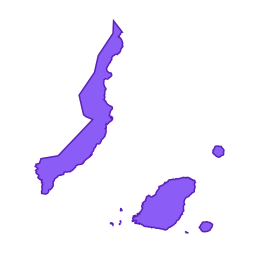 the district of Tawae/Siassi District, Morobe, Papua New Guinea, rotated 87°
{"feature_id": "67681753B89980721222980", "entity_name": "Tawae/Siassi District", "entity_type": "district", "adm_level": 2, "iso_a3": "PNG", "parent_name": "Papua New Guinea", "parent_adm1": "Morobe", "projection": "robinson", "projection_center": [147.705, -5.833], "detail": "fine", "context": "isolated", "style": "filled", "palette": "violet", "viewbox_px": 256, "rotation_deg": 87, "n_neighbors": 0, "source": "geoboundaries", "source_scale": "gbopen_adm2", "svg_char_len": 5938}
<svg xmlns="http://www.w3.org/2000/svg" viewBox="0 0 256 256"><g transform="rotate(87 128 128)"><path d="M188.8,217.6L189.7,213.8L189.4,212.6L188.6,211.4L187.3,210.5L185.9,210.5L185.4,209.7L185.5,208.7L184.8,208.2L183.7,206.8L183.0,206.6L182.1,205.8L177.5,205.5L176.9,204.6L175.3,204.0L174.7,203.5L173.2,201.1L172.1,200.3L171.5,198.5L171.7,197.5L171.2,196.9L171.2,195.4L170.6,194.5L169.1,194.3L168.6,193.5L168.8,191.2L168.4,189.6L168.7,188.1L168.6,187.8L168.0,187.3L167.7,186.4L166.6,184.8L165.8,184.2L164.4,182.5L163.3,182.1L162.9,181.6L162.1,180.1L161.7,176.1L160.8,174.6L160.2,174.2L160.6,175.2L158.7,173.2L157.3,171.7L155.4,168.7L155.1,168.5L154.8,167.7L154.0,166.8L152.9,165.8L152.9,166.2L153.6,166.9L153.5,167.2L152.4,166.2L152.2,165.6L150.4,165.1L148.9,163.6L146.7,163.1L146.1,162.1L145.5,161.6L144.7,161.4L144.3,160.9L143.0,160.6L142.3,159.8L142.2,158.7L142.4,158.0L142.0,156.9L140.0,155.6L138.6,155.2L136.9,153.3L134.8,151.4L133.9,151.4L133.1,150.8L130.3,150.0L128.2,150.1L127.4,150.7L127.2,149.9L126.5,149.6L123.7,150.0L122.8,149.7L123.5,149.1L123.5,148.8L121.0,146.1L119.8,144.0L118.4,143.0L117.6,143.0L117.5,143.4L117.7,144.0L116.4,144.8L116.2,144.6L116.2,144.1L117.1,143.0L116.7,142.9L115.8,143.8L114.8,146.0L114.4,146.0L110.3,144.6L109.3,144.0L108.1,142.7L106.8,142.5L105.9,143.0L104.4,145.7L103.0,147.4L101.2,148.6L100.0,148.8L99.9,149.5L99.0,149.9L98.4,150.7L98.1,150.1L97.1,149.8L96.6,149.9L96.1,149.5L95.4,149.6L94.4,150.1L93.4,149.4L91.8,149.5L89.2,149.0L88.5,148.1L88.0,147.9L87.0,148.2L86.4,148.8L83.0,150.0L78.6,149.5L77.7,148.1L78.0,145.7L77.9,145.2L76.8,144.2L76.2,143.0L74.8,141.6L73.7,141.5L72.3,142.0L72.0,142.6L72.0,143.7L70.2,145.9L67.8,146.3L66.8,146.2L65.7,145.3L64.4,144.7L63.9,144.2L62.5,143.5L61.6,142.2L60.2,141.9L59.0,140.7L57.0,140.6L55.6,139.6L54.1,137.3L53.7,135.8L54.1,134.8L53.1,133.9L53.0,133.4L52.4,133.0L52.3,132.4L50.0,131.2L48.3,130.8L47.6,129.9L46.4,128.9L45.4,129.0L45.0,129.4L43.6,128.9L41.4,129.2L39.7,129.8L37.8,130.9L37.0,131.8L36.5,132.9L35.7,131.9L34.5,131.3L33.7,130.5L32.3,129.9L32.1,129.7L32.0,128.7L20.2,136.8L32.7,138.0L54.1,153.9L70.9,158.6L92.6,175.1L112.3,171.7L114.4,169.5L117.7,162.8L152.1,199.2L154.1,216.5L158.7,218.3L159.4,221.8L160.5,221.5L161.4,222.7L163.6,220.1L163.9,220.1L164.0,220.6L164.3,220.7L164.9,221.8L165.6,222.5L166.7,221.7L167.8,222.2L168.2,222.1L168.9,221.2L169.4,221.1L169.5,220.6L170.6,219.6L171.1,219.8L171.5,219.6L172.0,219.9L172.4,220.6L173.4,220.2L174.2,218.9L174.6,218.9L174.8,217.6L175.2,216.7L175.7,216.7L176.1,217.4L177.5,216.8L178.0,217.1L178.1,216.4L178.6,216.7L179.4,216.4L179.8,216.6L180.4,216.1L181.2,216.9L182.1,217.2L182.8,216.8L183.6,217.1L184.8,216.7L185.8,217.4L187.5,217.7L188.3,217.5L188.8,217.6ZM187.0,64.7L185.9,63.5L185.2,64.1L183.9,64.1L183.7,64.4L183.8,65.9L183.5,66.3L183.1,66.2L182.2,67.6L182.4,68.4L182.2,68.7L181.7,68.5L181.4,68.7L181.4,69.0L180.7,70.0L180.4,71.5L180.9,72.2L180.5,72.7L180.6,73.8L180.2,74.9L180.5,76.7L181.0,77.9L181.0,79.4L181.5,80.6L181.5,81.4L181.1,82.0L181.2,82.8L182.0,84.2L182.0,84.6L181.4,85.3L181.8,86.8L181.9,89.2L182.3,90.2L182.7,90.6L183.6,90.8L184.0,91.9L184.5,92.5L184.6,93.1L184.2,93.9L184.5,94.1L185.0,93.5L185.9,95.3L187.0,96.4L187.2,96.9L187.1,97.7L187.9,98.8L188.0,100.1L189.1,100.2L189.6,99.9L190.1,100.2L192.7,102.5L194.2,103.3L195.0,103.3L195.9,104.2L196.3,104.8L196.6,104.7L196.8,104.9L197.1,106.5L198.0,107.2L198.2,107.9L197.8,109.0L196.9,109.8L196.3,110.9L197.3,111.9L197.3,112.6L197.6,112.9L198.2,113.3L199.0,113.3L200.6,114.2L201.3,114.1L201.7,114.3L202.2,115.5L203.4,116.9L203.8,117.5L204.7,117.4L205.3,116.9L205.9,118.1L207.3,118.4L208.2,118.0L208.4,117.5L208.8,117.5L209.3,118.0L209.9,118.1L210.6,118.9L211.9,119.2L213.0,120.9L213.7,120.7L214.6,120.8L214.3,121.8L215.5,123.0L216.3,123.0L216.5,124.8L217.9,127.8L218.9,128.1L219.6,127.5L220.0,127.4L220.5,127.9L221.2,127.6L221.3,126.9L220.7,125.8L220.7,124.9L220.9,124.4L222.2,124.9L223.0,126.1L223.5,125.9L223.7,125.4L223.6,124.6L224.0,123.8L223.8,122.7L223.5,122.1L224.0,122.2L224.6,121.8L224.3,120.4L225.5,118.9L225.9,117.8L226.5,117.6L227.1,116.5L227.4,115.4L227.3,114.0L227.8,113.3L228.0,112.1L228.1,110.3L228.8,109.7L228.6,109.2L228.7,106.5L229.4,105.6L229.8,102.5L230.5,100.3L230.7,98.8L231.7,96.3L231.5,95.0L231.1,94.1L229.4,92.5L229.4,91.8L229.0,90.7L228.4,90.0L228.1,89.2L226.7,87.1L226.0,86.3L225.7,85.6L223.1,84.1L222.5,82.7L221.2,81.4L220.6,81.6L219.8,80.5L219.2,80.2L218.3,80.2L217.7,79.4L217.3,79.4L216.9,78.2L216.2,78.6L215.8,78.4L214.4,77.6L213.6,76.6L212.1,76.9L209.0,76.7L208.1,76.4L207.3,75.4L206.4,75.8L204.9,76.0L202.7,75.3L201.2,74.3L200.1,73.1L199.7,71.0L198.7,70.3L196.8,67.9L196.1,67.4L195.6,65.9L194.9,65.1L192.8,65.1L192.2,64.5L190.9,64.5L190.1,64.0L188.7,64.5L187.0,64.7ZM231.5,61.9L232.3,60.8L234.0,60.2L235.1,59.1L235.5,58.0L235.6,55.5L235.0,53.0L234.1,51.3L232.2,50.3L231.6,49.5L229.3,48.7L228.6,48.7L226.7,51.1L226.6,52.0L225.7,54.2L226.0,56.5L225.9,58.0L226.4,58.8L227.7,59.5L229.0,60.7L229.9,60.9L230.4,61.6L230.9,62.0L231.5,61.9ZM156.7,33.8L155.5,33.3L154.4,33.7L152.1,35.6L151.4,35.8L151.2,36.1L151.2,37.7L150.7,39.1L150.8,41.6L151.4,42.2L153.1,42.9L154.9,44.4L156.0,44.2L157.0,44.6L157.7,44.3L160.6,41.5L161.5,40.1L161.9,38.7L161.3,36.9L160.4,36.3L159.9,34.2L158.7,33.8L156.7,33.8ZM222.6,150.4L222.8,148.9L224.1,148.2L223.2,147.9L222.2,148.6L221.7,149.9L222.2,150.5L222.6,150.4ZM210.3,139.6L210.0,138.3L209.7,138.3L209.1,138.9L208.4,139.0L208.2,139.5L210.1,139.8L210.3,139.6ZM216.6,127.3L217.0,126.6L216.0,124.7L215.7,125.0L215.9,126.6L216.1,127.1L216.6,127.3ZM235.6,75.4L235.8,74.4L235.8,73.8L235.6,73.8L235.3,74.9L234.6,75.7L234.8,75.9L235.6,75.4ZM214.5,123.1L214.5,122.8L214.0,122.4L213.9,122.9L214.3,123.3L214.5,123.1ZM223.9,141.4L223.6,141.0L223.1,141.0L223.2,141.4L223.7,141.6L223.9,141.4ZM221.5,128.5L221.4,128.0L220.8,128.2L221.0,128.6L221.5,128.5ZM221.2,140.6L221.5,140.2L220.6,140.2L220.4,140.4L220.5,140.6L221.2,140.6Z" fill="#8b5cf6" stroke="#5b21b6" stroke-width="1.5"/></g></svg>